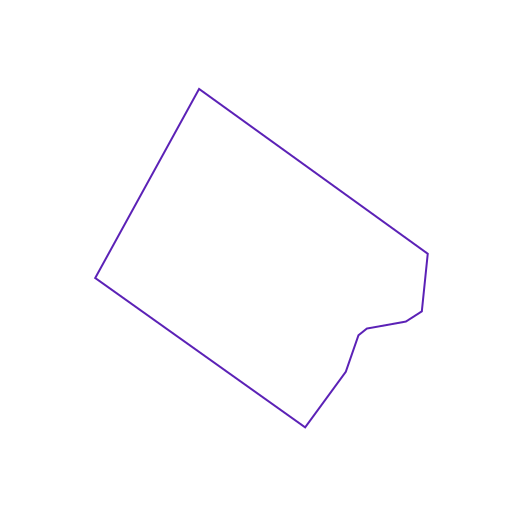 Lucena, Equal Earth projection, rotated 331°
{"feature_id": "PHL-5560", "entity_name": "Lucena", "entity_type": "Highly Urbanized City", "adm_level": 1, "iso_a3": "PHL", "parent_name": "Philippines", "parent_adm1": "", "projection": "equal_earth", "projection_center": [121.59, 13.937], "detail": "fine", "context": "isolated", "style": "outline", "palette": "violet", "viewbox_px": 512, "rotation_deg": 331, "n_neighbors": 0, "source": "natural_earth", "source_scale": "10m", "svg_char_len": 285}
<svg xmlns="http://www.w3.org/2000/svg" viewBox="0 0 512 512"><g transform="rotate(331 256 256)"><path d="M407.3,337.3L374.2,384.8L355.3,386.0L317.8,373.2L307.2,375.0L278.4,400.8L215.9,429.7L104.7,197.3L287.2,82.3L407.3,337.3Z" fill="none" stroke="#5b21b6" stroke-width="2"/></g></svg>